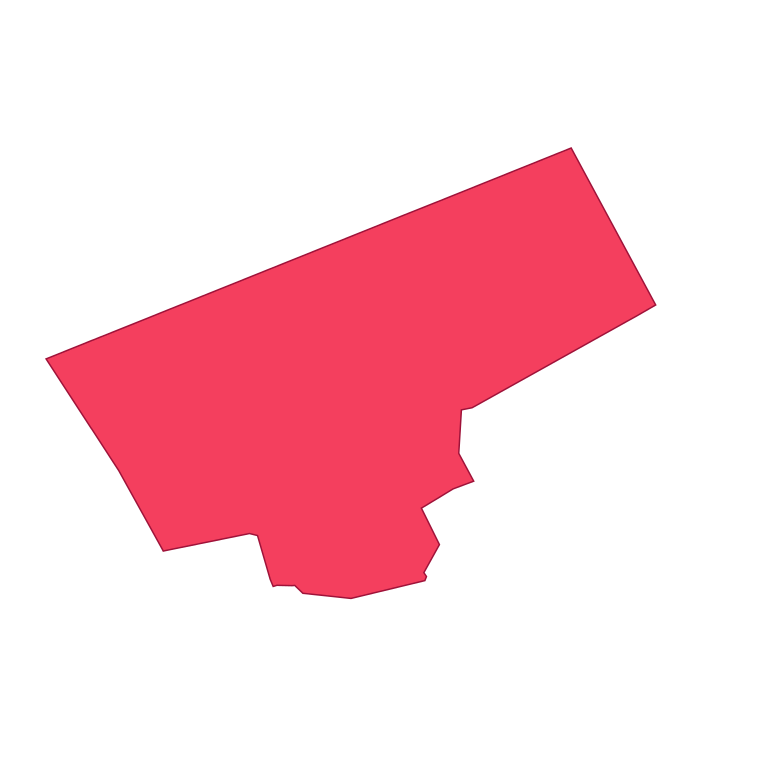 outline of Durham, North Carolina, United States of America, rotated 60°
{"feature_id": "52423323B73804812534091", "entity_name": "Durham", "entity_type": "district", "adm_level": 2, "iso_a3": "USA", "parent_name": "United States of America", "parent_adm1": "North Carolina", "projection": "albers", "projection_center": [-78.845, 36.051], "detail": "fine", "context": "isolated", "style": "filled", "palette": "rose", "viewbox_px": 768, "rotation_deg": 60, "n_neighbors": 0, "source": "geoboundaries", "source_scale": "gbopen_adm2", "svg_char_len": 914}
<svg xmlns="http://www.w3.org/2000/svg" viewBox="0 0 768 768"><g transform="rotate(60 384 384)"><path d="M193.3,664.1L276.3,659.7L276.6,659.6L309.2,657.9L309.6,657.9L326.4,657.0L342.9,657.3L416.2,658.6L418.3,658.7L420.1,653.2L420.2,652.9L437.1,602.5L445.6,577.2L446.2,575.3L452.0,569.3L496.2,580.2L503.9,581.2L504.2,580.0L504.6,578.2L504.8,577.3L505.4,576.4L512.8,564.2L513.1,563.4L513.3,563.2L513.6,562.3L513.8,562.0L524.7,558.9L541.5,535.8L552.6,520.6L553.2,519.8L574.7,446.9L572.0,443.5L567.3,443.8L550.8,416.3L510.2,413.7L509.7,389.2L509.6,385.6L509.4,376.5L513.0,354.9L482.9,354.0L481.4,353.9L445.1,329.9L448.6,319.6L451.2,142.4L451.4,131.7L451.4,109.2L279.0,104.1L273.2,103.9L252.7,248.1L251.6,255.6L248.9,274.2L247.7,282.4L227.2,426.4L217.0,498.0L216.2,503.8L212.3,530.8L210.6,542.8L208.9,555.0L201.6,605.7L200.5,613.6L200.2,615.3L193.3,664.1Z" fill="#f43f5e" stroke="#9f1239" stroke-width="1.5"/></g></svg>